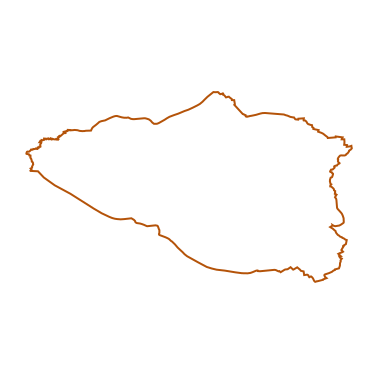 Bueng Samakkhi, Nakhon Sawan, Thailand, rotated 266°
{"feature_id": "78962969B88959964927567", "entity_name": "Bueng Samakkhi", "entity_type": "district", "adm_level": 2, "iso_a3": "THA", "parent_name": "Thailand", "parent_adm1": "Nakhon Sawan", "projection": "equal_earth", "projection_center": [99.97, 16.23], "detail": "fine", "context": "isolated", "style": "outline", "palette": "amber", "viewbox_px": 384, "rotation_deg": 266, "n_neighbors": 0, "source": "geoboundaries", "source_scale": "gbopen_adm2", "svg_char_len": 5971}
<svg xmlns="http://www.w3.org/2000/svg" viewBox="0 0 384 384"><g transform="rotate(266 192 192)"><path d="M266.2,248.1L276.0,240.3L276.5,240.9L280.7,240.5L280.9,238.2L281.9,238.2L284.0,235.8L284.5,235.4L284.5,234.6L284.1,233.2L284.0,232.5L285.8,231.3L286.5,230.6L286.9,229.8L287.9,230.0L288.2,229.8L288.2,229.3L287.7,228.7L287.8,227.7L287.6,227.0L288.9,225.6L289.2,225.6L289.8,225.0L289.9,224.6L289.9,222.4L290.2,220.3L285.9,214.1L283.1,210.8L281.3,208.8L279.3,206.0L278.0,203.3L276.0,198.5L274.3,194.0L273.3,190.2L271.1,183.7L270.0,179.5L268.6,174.8L267.3,172.1L265.9,169.6L263.2,163.9L262.6,162.2L262.5,161.1L262.7,158.8L264.1,157.2L266.0,155.8L267.5,154.0L268.4,151.7L268.8,150.4L268.9,149.1L268.7,139.2L268.9,137.6L269.3,136.1L270.8,133.5L270.6,132.1L270.8,129.6L271.4,127.1L273.1,122.4L273.1,120.8L272.7,118.9L271.4,115.0L269.5,110.3L269.0,106.7L268.6,105.2L268.2,104.2L267.5,103.4L265.8,101.1L263.7,97.9L262.6,96.8L260.3,95.5L260.5,90.5L260.3,88.7L260.4,86.7L260.8,84.2L261.6,82.2L261.9,80.4L262.1,79.0L262.0,77.9L262.0,75.0L262.3,75.0L262.6,72.6L262.0,72.6L261.9,72.0L261.5,71.9L261.4,71.6L261.7,70.9L261.0,69.9L261.2,69.1L260.9,68.0L260.5,68.0L260.6,68.8L260.3,69.2L260.2,70.0L259.9,70.1L259.6,70.0L259.6,69.7L259.7,69.1L259.4,67.9L256.9,64.6L256.8,64.4L257.3,64.0L257.1,63.4L256.1,63.3L256.0,63.0L256.2,62.4L256.1,62.2L255.7,62.4L255.2,62.2L254.1,62.4L254.1,62.1L254.5,61.8L254.5,61.4L253.8,61.8L253.6,61.8L253.8,60.3L254.3,59.8L254.0,59.1L254.2,57.9L254.5,57.3L254.4,56.8L254.8,56.4L254.5,55.7L255.0,55.6L255.4,54.8L255.2,54.7L254.6,55.2L254.4,55.2L254.7,54.4L254.6,53.7L255.0,53.3L254.7,52.6L254.9,52.4L255.4,52.6L255.5,52.4L255.0,52.0L255.3,51.7L255.2,50.9L254.8,50.3L255.4,49.9L255.5,49.1L255.1,49.0L255.0,48.7L255.5,48.1L255.1,47.9L254.7,48.4L254.4,48.3L254.2,46.9L253.9,46.5L254.0,46.1L254.3,45.5L253.7,45.3L253.6,44.9L253.6,44.3L252.9,43.8L253.0,44.2L252.8,44.7L252.3,44.8L252.0,44.4L251.8,45.1L251.2,44.9L251.0,44.4L250.5,44.3L250.0,43.9L247.8,44.0L247.6,43.6L247.9,42.8L247.7,42.6L247.2,42.4L247.2,41.6L246.7,41.7L246.7,41.2L246.0,41.1L245.7,40.8L245.9,39.8L246.4,39.4L246.3,39.0L245.9,38.5L245.8,37.2L246.0,36.6L245.4,36.1L245.3,35.7L245.3,35.0L245.6,34.7L245.6,34.4L244.6,33.7L243.7,32.4L243.6,31.8L243.8,30.8L243.7,30.4L243.5,30.1L242.2,29.5L241.7,29.5L241.5,29.8L241.0,31.9L240.8,32.1L239.8,32.3L239.8,33.2L239.7,33.4L239.1,33.2L238.4,33.4L237.5,33.1L236.4,33.9L235.8,33.9L234.9,34.3L233.5,34.3L233.3,34.5L233.2,34.9L231.9,35.5L231.0,35.3L230.6,35.5L228.5,34.2L227.5,34.2L227.1,33.8L226.7,32.7L225.7,33.4L224.5,32.3L224.3,32.4L223.4,39.8L216.8,45.2L208.2,55.6L198.7,70.6L182.4,92.7L177.1,100.4L173.0,107.7L171.6,110.6L170.7,113.2L170.2,115.6L169.7,118.9L169.7,122.6L170.0,129.7L168.3,132.1L167.0,133.2L166.2,133.3L165.6,133.7L165.0,134.5L164.8,135.1L164.2,137.9L163.5,139.8L162.6,141.8L161.3,144.2L161.0,144.9L161.3,153.2L160.8,155.0L160.6,155.3L159.8,155.7L157.2,156.4L156.3,156.8L153.5,156.6L152.4,156.1L151.8,156.2L151.4,156.5L148.7,162.4L147.5,164.6L146.6,165.9L144.6,167.7L144.1,168.5L141.0,171.3L137.6,173.8L134.7,176.5L132.7,178.4L130.5,180.2L128.3,182.6L121.4,193.2L116.2,201.5L114.3,206.4L112.8,211.1L111.3,219.2L108.8,229.8L107.5,236.2L107.0,241.8L107.2,244.6L107.8,246.8L109.1,250.7L109.1,252.1L108.9,252.3L108.5,252.3L108.2,254.3L108.6,268.8L108.3,270.1L106.8,272.8L107.0,273.6L105.8,274.8L108.0,279.0L108.2,279.6L108.3,282.0L110.1,285.1L107.5,287.5L107.6,287.9L109.5,291.7L107.0,294.3L105.8,295.1L105.0,297.8L101.3,298.1L101.5,301.1L101.3,301.5L100.8,302.2L99.6,302.6L98.8,303.1L99.5,304.8L99.4,305.0L98.5,305.9L97.3,306.7L94.9,307.6L93.8,308.6L93.8,308.9L94.3,310.5L94.2,310.9L95.3,316.7L95.7,316.8L96.7,320.2L98.0,318.8L99.7,318.2L100.0,318.3L100.5,318.9L101.5,322.9L102.6,326.0L103.8,327.7L104.2,329.1L104.8,329.2L105.6,333.3L108.2,334.4L110.7,334.7L112.4,335.5L113.3,335.4L113.8,335.7L115.1,336.8L116.2,335.0L117.6,334.4L117.7,335.9L120.1,333.7L120.8,335.4L121.4,337.5L121.9,338.5L123.6,337.1L123.7,337.3L124.7,337.6L127.2,339.4L127.4,338.9L127.5,338.9L127.9,339.3L129.3,341.9L133.3,343.0L133.8,341.7L134.9,340.5L135.6,339.3L135.7,338.8L136.4,338.4L137.1,336.7L138.3,335.6L139.0,334.5L141.1,333.0L142.2,332.6L143.0,332.5L144.4,331.0L145.6,329.9L147.4,327.4L148.8,330.0L149.2,329.9L148.4,331.0L147.9,332.6L148.3,336.7L149.1,338.4L150.6,340.9L151.1,341.2L151.5,341.3L155.3,341.4L158.0,340.7L159.8,340.0L160.9,339.3L165.1,336.0L166.1,335.6L173.9,335.5L175.2,335.3L176.8,334.3L179.1,335.9L179.4,334.9L180.3,335.0L180.4,334.4L182.9,334.9L183.8,333.8L184.4,333.8L185.4,333.5L187.7,331.3L187.9,330.3L188.4,330.3L189.4,330.7L189.9,331.3L190.1,330.9L190.6,330.9L191.4,330.5L192.2,330.5L192.9,330.3L194.6,330.5L196.6,331.3L197.0,332.6L197.3,332.9L199.8,333.9L200.5,333.9L200.9,333.2L201.8,332.9L202.4,331.4L202.7,331.2L203.1,331.3L204.6,332.3L204.6,333.6L204.8,334.1L206.3,335.9L206.7,336.0L207.4,335.6L207.7,335.7L208.2,336.8L208.3,338.4L209.3,339.2L210.3,341.2L210.5,341.2L211.5,340.2L212.1,339.8L212.7,339.7L214.0,340.1L214.7,339.7L216.1,340.4L217.7,341.9L218.0,342.4L218.1,343.2L217.8,346.8L218.1,347.9L219.3,348.9L219.5,349.7L220.3,350.4L221.6,351.5L222.1,351.5L222.3,351.6L223.3,353.4L224.2,354.3L224.6,354.5L225.3,354.3L226.9,354.2L226.5,352.7L226.3,349.5L228.0,349.9L228.5,347.1L229.9,347.4L231.5,347.6L233.9,347.6L234.1,345.0L235.0,345.3L236.0,346.0L237.4,339.2L237.0,339.1L236.5,339.1L236.4,331.2L237.3,331.0L239.3,328.7L240.9,327.0L241.9,325.4L243.4,322.0L244.9,322.6L246.4,317.5L247.4,317.7L248.3,316.5L249.4,316.5L249.9,316.2L250.3,316.3L250.8,314.5L251.2,313.9L251.5,312.8L252.4,311.9L254.3,311.0L255.4,309.9L255.6,308.4L256.0,308.3L257.7,308.7L257.7,303.2L256.8,303.0L257.2,300.6L257.4,300.1L259.3,298.9L259.4,297.9L260.1,295.3L261.5,292.6L262.1,290.8L262.9,289.1L265.7,270.5L265.8,268.0L265.5,265.7L264.5,261.2L263.9,256.8L263.7,254.6L263.4,253.8L263.6,253.1L263.2,252.2L263.4,251.4L263.7,250.9L264.0,250.8L264.4,251.0L264.9,250.9L265.4,249.5L266.0,249.0L266.2,248.1Z" fill="none" stroke="#b45309" stroke-width="2"/></g></svg>